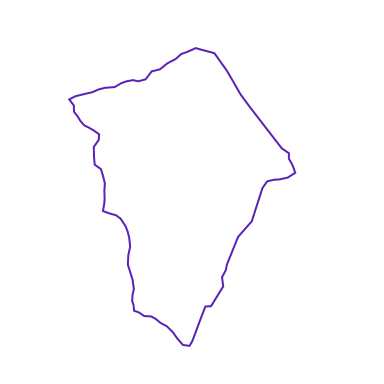 Cruz das Almas, Bahia, Brazil (Robinson projection), rotated 244°
{"feature_id": "56859067B52904526930124", "entity_name": "Cruz das Almas", "entity_type": "district", "adm_level": 2, "iso_a3": "BRA", "parent_name": "Brazil", "parent_adm1": "Bahia", "projection": "robinson", "projection_center": [-39.118, -12.685], "detail": "fine", "context": "isolated", "style": "outline", "palette": "violet", "viewbox_px": 384, "rotation_deg": 244, "n_neighbors": 0, "source": "geoboundaries", "source_scale": "gbopen_adm2", "svg_char_len": 1248}
<svg xmlns="http://www.w3.org/2000/svg" viewBox="0 0 384 384"><g transform="rotate(244 192 192)"><path d="M54.8,122.3L57.7,126.7L65.1,134.6L73.0,142.8L83.2,153.8L81.0,159.0L93.5,178.7L102.2,181.6L107.1,188.3L111.4,191.5L131.5,213.8L139.4,232.8L164.7,257.1L168.6,264.2L167.1,271.0L165.0,276.0L163.0,284.4L164.0,293.2L171.9,294.1L179.6,293.7L184.3,296.1L192.0,291.8L242.7,281.3L258.5,278.4L269.5,277.7L278.2,277.1L285.7,276.5L306.9,273.0L319.7,258.4L320.0,249.4L320.7,242.6L318.7,235.7L318.4,226.0L316.3,217.0L318.1,208.6L313.6,199.7L315.1,192.1L318.4,188.1L320.2,181.6L320.8,176.0L320.2,168.5L323.8,159.4L325.1,153.2L325.4,146.2L327.7,136.0L329.2,129.0L329.0,122.3L321.5,123.7L315.8,121.1L310.4,122.3L305.1,122.8L299.3,124.3L294.9,127.6L290.6,130.5L284.6,133.8L279.7,131.0L275.6,123.5L266.7,119.4L259.2,116.5L252.5,120.2L245.5,119.1L237.8,117.4L231.6,113.8L224.2,110.5L219.8,107.9L213.9,103.6L208.8,108.6L204.4,113.5L199.1,116.2L189.9,117.3L184.5,116.8L178.4,115.5L169.9,112.4L163.2,107.1L154.8,102.5L148.0,101.5L139.1,100.1L130.2,97.2L125.8,93.6L120.4,90.5L115.6,89.8L110.7,87.9L106.9,91.6L101.5,94.6L98.1,100.7L93.8,103.8L87.9,106.4L82.4,110.5L74.8,113.2L66.7,114.6L58.5,116.8L54.8,122.3Z" fill="none" stroke="#5b21b6" stroke-width="2"/></g></svg>